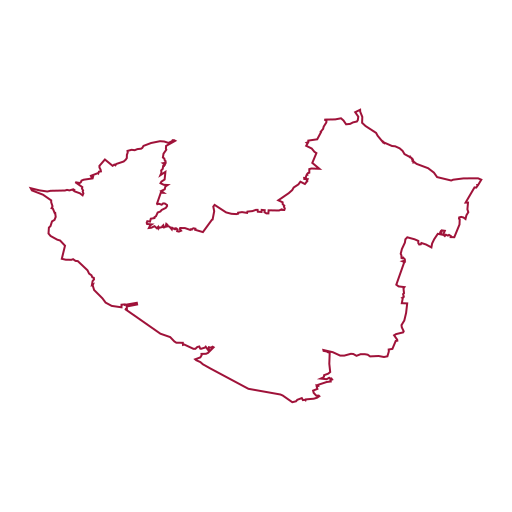 Prunisor, Mehedinti, Romania (Robinson projection)
{"feature_id": "2599482B58600020979646", "entity_name": "Prunisor", "entity_type": "district", "adm_level": 2, "iso_a3": "ROU", "parent_name": "Romania", "parent_adm1": "Mehedinti", "projection": "robinson", "projection_center": [22.902, 44.608], "detail": "fine", "context": "isolated", "style": "outline", "palette": "rose", "viewbox_px": 512, "rotation_deg": 0, "n_neighbors": 0, "source": "geoboundaries", "source_scale": "gbopen_adm2", "svg_char_len": 6059}
<svg xmlns="http://www.w3.org/2000/svg" viewBox="0 0 512 512"><path d="M292.3,402.2L296.0,401.3L297.3,399.8L301.8,398.1L302.9,400.1L304.8,399.8L305.5,400.3L305.8,399.4L313.8,398.7L317.1,397.7L319.3,396.2L318.7,395.6L316.3,395.7L313.7,392.9L313.1,390.6L317.4,388.9L316.6,386.2L317.2,386.1L316.9,385.4L318.3,385.8L318.2,384.8L326.7,382.0L330.7,381.5L330.4,380.1L332.1,379.5L331.4,378.5L329.8,379.2L330.5,378.6L329.2,377.8L326.6,379.2L320.7,378.6L323.0,377.6L324.0,376.6L324.1,375.2L328.3,373.6L330.2,372.0L329.3,363.8L329.7,352.7L327.9,352.2L328.0,351.7L323.6,350.9L323.4,350.0L332.8,352.2L340.2,355.6L344.3,355.6L350.9,353.8L353.3,354.0L356.5,355.8L360.6,354.2L364.8,354.2L367.7,354.7L370.1,356.4L378.6,356.0L384.0,357.0L387.4,356.3L388.8,351.6L388.7,349.5L392.4,348.9L395.7,341.0L397.3,340.7L397.2,339.7L394.1,335.3L396.1,334.1L403.1,332.4L403.7,331.3L401.8,327.3L401.5,325.1L404.3,320.5L406.1,312.9L407.2,303.4L401.8,303.2L402.8,298.1L402.3,297.8L403.8,296.8L403.1,294.1L404.0,293.2L403.5,288.4L404.4,287.1L398.6,286.4L396.3,284.7L404.0,262.9L404.6,262.2L402.5,261.3L404.9,260.6L404.8,259.3L403.1,257.6L402.4,258.3L401.5,258.0L401.4,255.3L400.7,253.8L401.9,249.0L404.9,242.6L405.4,239.3L407.3,237.3L414.6,239.3L418.3,240.9L418.3,243.1L419.2,244.5L420.8,244.3L421.4,243.0L426.0,244.5L431.4,247.4L432.1,243.5L434.2,239.2L437.8,233.8L440.8,234.4L439.4,233.1L441.2,233.6L440.2,232.4L440.9,231.1L441.7,231.5L441.9,230.4L444.8,230.8L443.6,233.8L444.1,235.4L444.8,236.0L445.8,234.7L447.9,235.6L449.0,234.9L450.9,236.1L450.7,237.1L454.3,237.2L459.5,224.5L459.7,219.3L459.0,218.7L459.2,217.4L461.2,216.9L463.5,217.5L465.5,219.0L466.4,215.3L468.3,212.2L467.4,209.3L468.0,202.6L465.6,202.6L474.5,187.4L476.2,187.6L477.5,185.8L477.3,185.0L478.1,185.0L481.3,179.7L478.0,178.3L463.5,178.4L453.2,179.7L451.2,180.5L437.1,177.1L433.9,172.6L428.1,168.2L416.6,163.9L414.9,162.6L413.6,162.5L414.0,161.9L412.5,160.9L413.1,160.2L412.4,158.8L411.9,159.0L411.1,157.6L410.0,157.3L409.9,156.5L409.1,156.6L404.5,154.1L402.6,150.9L399.6,148.3L395.2,146.3L392.0,146.0L385.2,143.0L384.6,143.3L383.6,142.0L382.8,141.4L382.7,141.9L377.6,135.7L376.1,132.9L365.5,126.0L362.1,122.8L362.3,116.9L360.2,111.7L360.1,109.8L355.2,112.2L358.3,116.7L357.8,120.1L356.9,121.5L353.0,122.4L350.1,123.9L346.1,124.3L343.5,120.5L341.0,118.3L335.2,119.4L324.4,119.6L326.5,120.7L326.3,122.5L323.7,126.6L323.1,128.9L320.7,131.8L321.0,132.2L317.2,139.3L308.3,140.6L308.3,142.1L306.7,142.7L307.6,143.4L306.2,145.8L311.7,148.5L314.4,151.8L316.4,153.1L312.3,162.9L319.4,168.8L311.4,168.5L309.3,169.1L309.3,172.7L307.9,173.1L307.2,174.0L307.3,174.7L306.8,174.6L305.6,177.4L306.3,178.4L304.2,178.0L304.3,179.0L307.6,179.2L306.8,180.9L307.2,181.2L304.9,184.0L300.4,181.7L298.4,184.4L293.7,187.5L292.2,190.1L288.7,193.2L278.3,200.3L282.6,202.3L282.7,204.2L284.3,205.7L283.9,206.7L284.8,208.5L284.3,210.0L281.7,209.9L282.5,209.0L279.0,210.5L268.6,210.3L268.4,213.4L266.4,213.4L264.5,212.2L264.7,210.2L261.7,209.9L261.5,212.0L257.8,211.7L257.6,209.9L255.8,209.9L252.4,211.1L247.4,211.6L247.1,212.9L242.0,212.1L238.1,212.7L238.1,213.7L236.5,214.1L231.4,213.8L226.1,212.4L214.6,204.9L213.3,206.6L214.2,211.2L212.6,219.5L211.9,219.8L202.9,232.1L195.2,229.8L195.4,228.7L193.5,228.3L192.3,228.8L191.8,229.6L190.7,229.3L190.2,229.9L185.0,228.1L180.2,228.0L179.8,228.9L181.1,230.7L178.9,231.6L177.2,231.2L177.5,229.5L176.4,228.4L175.4,228.3L175.3,229.2L174.6,229.2L172.2,227.8L171.8,229.4L169.7,226.9L168.2,226.1L167.3,226.4L167.4,224.8L166.3,223.9L165.7,226.4L164.6,227.3L163.8,227.4L163.3,225.3L162.4,226.2L162.5,227.0L159.6,227.7L158.9,227.2L158.6,228.0L158.3,227.2L158.3,228.2L157.9,228.3L157.9,227.1L156.8,228.2L154.5,226.2L151.4,227.7L148.9,228.0L150.2,225.4L151.7,224.4L147.1,224.0L146.7,222.8L147.3,221.2L150.0,221.6L150.8,218.7L154.4,218.1L154.4,217.3L156.0,216.2L157.7,212.5L160.4,211.5L161.6,210.0L165.8,207.9L167.1,206.0L167.0,205.0L164.8,203.5L163.1,203.4L161.7,204.7L159.0,203.8L157.3,204.2L157.0,203.7L160.8,192.7L163.7,192.8L161.2,191.0L164.7,189.3L165.4,186.5L167.7,185.0L163.8,184.8L160.5,183.2L161.4,181.6L164.6,179.5L165.3,173.0L165.4,171.9L160.4,175.2L161.4,172.8L161.2,170.4L162.7,168.9L163.1,166.3L163.7,166.2L163.5,165.5L164.7,165.1L164.9,164.4L163.1,163.2L164.2,163.0L164.6,163.7L165.3,163.7L165.7,162.9L165.5,161.0L164.8,160.6L164.3,158.5L162.9,157.5L163.5,153.7L166.3,149.7L165.9,148.7L166.1,145.9L175.2,140.8L174.1,140.2L172.6,140.2L172.0,141.2L168.4,142.9L164.2,141.5L160.0,141.2L151.1,143.0L143.5,145.9L142.3,147.9L141.1,148.7L137.4,149.1L134.7,150.2L131.6,149.8L127.5,150.9L127.7,152.6L126.9,154.8L126.8,158.1L125.7,159.7L123.7,161.5L116.2,164.0L115.4,165.3L114.3,164.6L112.6,165.8L104.9,159.5L99.4,165.9L99.5,167.6L100.6,169.7L100.9,171.4L98.9,171.7L98.3,173.4L98.0,173.1L90.9,175.8L91.5,177.0L93.0,176.9L92.6,178.4L83.7,179.7L81.5,180.6L80.8,182.3L79.7,183.0L75.3,182.2L82.3,187.1L82.0,188.6L83.1,190.5L82.7,191.5L83.4,193.4L82.6,195.3L79.9,193.3L74.7,191.4L73.6,190.6L74.2,189.9L73.3,189.3L69.5,190.4L67.0,189.9L65.0,190.5L50.6,190.8L47.3,191.5L39.6,190.4L30.7,188.2L31.9,190.4L43.0,194.7L51.2,200.4L51.2,202.3L52.5,206.2L51.6,208.2L52.8,208.5L54.7,213.1L55.2,213.0L55.7,216.9L54.5,219.9L52.0,221.4L50.5,226.1L48.9,227.6L48.5,233.5L50.6,236.0L57.3,239.7L60.1,240.5L65.0,245.7L61.8,258.8L65.7,259.7L71.4,259.8L73.1,259.2L75.5,260.9L77.8,261.1L87.5,270.3L89.1,273.6L91.5,275.3L92.3,277.3L93.8,277.8L94.0,279.4L92.6,281.1L91.9,285.1L93.0,284.5L92.7,285.3L94.1,290.0L102.4,298.3L105.6,302.6L111.7,305.9L121.5,307.3L121.5,304.7L124.7,304.4L124.8,304.9L136.8,302.8L137.1,304.5L126.7,306.5L126.9,309.2L125.0,309.0L160.4,333.7L170.2,337.1L174.3,341.4L176.3,342.7L182.8,342.8L183.0,344.9L184.2,344.5L193.4,348.8L195.4,348.8L197.3,347.0L199.3,346.5L200.2,348.6L201.0,348.8L204.9,347.6L205.7,346.7L208.1,350.0L208.9,349.2L208.5,348.5L208.9,347.2L210.9,347.7L212.6,346.7L213.6,347.3L208.0,352.9L206.0,353.8L201.5,353.9L201.6,355.3L200.3,357.4L195.2,359.3L196.2,360.2L200.4,362.1L202.9,364.3L210.4,368.5L248.4,388.8L280.4,394.5L282.7,395.5L292.3,402.2Z" fill="none" stroke="#9f1239" stroke-width="2"/></svg>